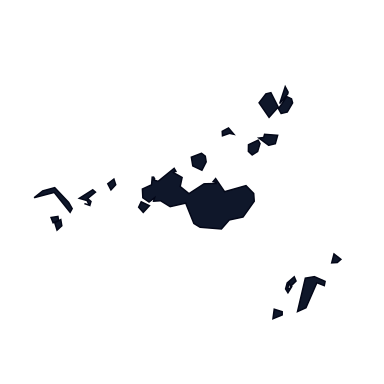 Sulu, Sulu, Philippines, rotated 187°
{"feature_id": "2640588B7308386302326", "entity_name": "Sulu", "entity_type": "district", "adm_level": 2, "iso_a3": "PHL", "parent_name": "Philippines", "parent_adm1": "Sulu", "projection": "natural_earth1", "projection_center": [120.931, 5.941], "detail": "medium", "context": "isolated", "style": "filled", "palette": "ink", "viewbox_px": 384, "rotation_deg": 187, "n_neighbors": 0, "source": "geoboundaries", "source_scale": "gbopen_adm2", "svg_char_len": 1927}
<svg xmlns="http://www.w3.org/2000/svg" viewBox="0 0 384 384"><g transform="rotate(187 192 192)"><path d="M212.8,209.0L211.0,211.2L210.0,209.8L212.6,213.3L226.9,198.5L231.4,199.2L230.7,200.5L231.9,202.1L233.3,201.9L233.0,194.2L241.6,188.9L240.1,180.3L233.4,176.8L228.4,181.8L229.0,178.2L222.1,179.5L211.9,174.8L196.9,180.2L186.3,161.0L179.7,158.0L158.3,158.9L151.6,168.8L138.3,173.4L129.1,190.4L130.6,198.1L139.2,204.9L159.7,196.3L170.2,208.2L172.3,204.9L169.2,204.6L169.0,203.4L181.0,201.6L194.8,190.0L204.4,196.0L203.6,205.2L212.8,209.0ZM72.7,86.2L64.8,91.0L57.0,117.2L49.3,115.2L49.0,119.5L60.2,122.9L69.0,120.3L72.7,86.2ZM124.6,275.5L116.8,286.8L125.8,300.2L130.6,298.4L136.3,288.7L124.6,275.5ZM184.8,214.8L181.6,223.6L183.2,229.2L187.3,231.6L196.9,226.5L194.4,218.0L184.8,214.8ZM310.5,157.0L308.9,160.9L313.2,166.7L328.8,179.6L340.3,174.9L348.0,167.1L328.7,174.8L310.5,157.0ZM116.3,285.2L113.1,280.8L107.2,283.0L103.0,292.7L104.6,296.6L109.5,298.2L116.3,285.2ZM121.6,247.7L115.2,250.1L113.9,258.7L127.0,258.1L127.5,254.8L132.2,253.7L121.6,247.7ZM136.8,236.1L131.8,240.2L130.4,248.4L132.7,251.5L141.7,245.8L141.0,239.2L136.8,236.1ZM297.4,167.4L291.8,166.2L291.1,170.3L294.8,172.8L287.8,180.1L290.8,182.1L303.1,172.0L295.1,170.7L292.4,166.4L297.4,167.4ZM237.9,165.8L232.6,173.2L241.2,176.1L243.1,170.4L237.9,165.8ZM84.5,103.7L81.2,110.9L82.6,108.5L85.1,107.6L84.7,114.8L82.8,110.1L77.9,116.3L80.2,120.3L86.4,113.4L87.3,107.2L84.5,103.7ZM96.2,76.1L87.5,81.0L87.9,84.2L96.1,85.7L96.2,76.1ZM44.7,138.7L39.2,139.7L36.0,143.3L43.5,147.8L44.7,138.7ZM168.6,251.5L161.9,254.8L157.5,254.4L163.6,260.0L169.4,255.9L168.6,251.5ZM272.7,184.2L268.6,189.9L271.1,195.3L276.6,189.9L272.7,184.2ZM112.3,307.9L115.7,290.5L108.9,301.1L108.8,302.9L112.3,307.9ZM321.3,137.7L317.1,142.6L318.9,148.6L324.4,144.6L321.3,137.7ZM326.1,144.5L321.0,147.6L322.1,151.4L328.8,149.5L326.1,144.5Z" fill="#0f172a" stroke="#020617" stroke-width="1.5"/></g></svg>